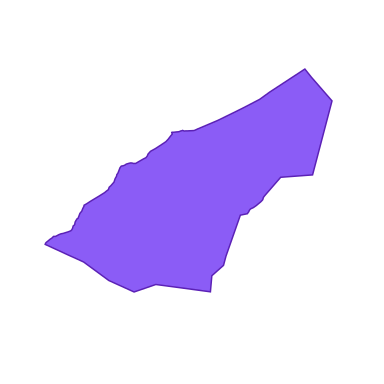 the district of Tu'rgen, Uvs, Mongolia, rotated 350°
{"feature_id": "93677404B55143611741372", "entity_name": "Tu'rgen", "entity_type": "district", "adm_level": 2, "iso_a3": "MNG", "parent_name": "Mongolia", "parent_adm1": "Uvs", "projection": "mercator", "projection_center": [91.364, 50.028], "detail": "fine", "context": "isolated", "style": "filled", "palette": "violet", "viewbox_px": 384, "rotation_deg": 350, "n_neighbors": 0, "source": "geoboundaries", "source_scale": "gbopen_adm2", "svg_char_len": 1835}
<svg xmlns="http://www.w3.org/2000/svg" viewBox="0 0 384 384"><g transform="rotate(350 192 192)"><path d="M192.8,293.5L197.0,277.9L210.3,269.7L214.3,261.1L235.6,223.2L242.8,223.0L243.5,222.2L243.9,221.8L244.5,221.3L245.1,220.3L245.7,219.6L246.6,218.9L247.8,218.5L249.2,218.2L250.2,217.8L251.5,217.2L253.0,216.5L254.9,215.4L257.9,213.7L259.3,212.7L260.2,212.0L260.7,211.2L261.3,209.8L262.8,208.4L264.5,207.0L281.9,192.9L313.7,196.1L345.7,126.6L329.4,99.5L324.5,90.5L285.8,107.1L274.7,112.5L255.6,118.5L229.7,126.0L208.8,130.8L205.5,131.7L204.3,131.8L200.4,131.3L197.9,131.0L196.4,130.7L195.4,130.7L194.6,130.4L193.4,129.7L192.7,129.9L191.5,129.9L190.8,130.1L189.8,130.3L188.7,130.3L187.8,130.2L186.5,130.1L184.7,130.0L183.8,129.9L183.3,129.8L182.9,129.7L182.6,129.7L182.4,129.8L182.3,130.1L182.4,130.3L182.6,130.4L182.7,130.7L182.6,131.0L182.4,131.5L182.4,131.8L181.4,132.5L179.4,134.3L177.8,135.8L175.0,137.9L172.8,138.9L167.0,141.4L163.5,142.9L158.2,144.7L155.3,147.0L154.2,148.8L152.6,150.2L149.9,151.0L144.9,152.8L141.5,154.1L139.2,153.7L137.9,153.0L136.4,152.7L134.8,152.8L132.1,153.1L130.4,153.9L128.9,154.2L126.9,154.2L125.3,155.6L123.4,158.8L122.2,160.7L121.0,161.8L120.4,163.4L118.7,165.4L116.9,168.7L114.8,170.4L113.2,171.7L111.3,172.9L110.6,174.1L110.1,175.1L107.4,176.5L105.9,177.4L100.0,179.8L90.9,183.3L86.2,185.3L83.4,186.3L83.1,187.3L81.5,189.4L80.2,191.6L77.9,193.6L76.2,196.5L75.1,198.2L74.2,198.4L72.8,199.9L71.7,201.3L70.8,203.7L70.1,204.3L69.2,204.7L68.5,206.0L68.2,206.8L67.1,208.3L66.0,209.1L64.3,209.5L62.6,209.8L60.8,210.0L60.1,210.1L57.9,210.4L55.8,210.4L53.4,210.9L51.3,211.6L50.0,212.0L47.9,211.7L46.1,213.0L44.0,213.9L41.4,215.4L39.9,216.2L38.9,217.0L38.3,218.1L58.5,232.1L73.1,242.1L94.7,264.7L117.6,280.4L120.1,280.0L140.3,276.8L192.8,293.5Z" fill="#8b5cf6" stroke="#5b21b6" stroke-width="1.5"/></g></svg>